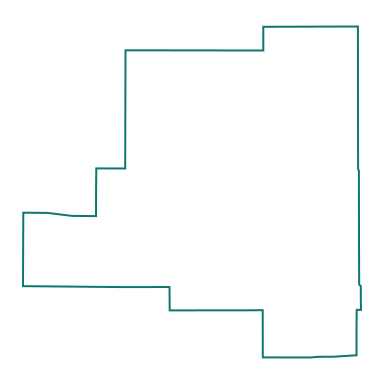 Lincoln, New Mexico, United States of America (Albers equal-area conic projection)
{"feature_id": "52423323B6872009723033", "entity_name": "Lincoln", "entity_type": "district", "adm_level": 2, "iso_a3": "USA", "parent_name": "United States of America", "parent_adm1": "New Mexico", "projection": "albers", "projection_center": [-105.442, 33.739], "detail": "fine", "context": "isolated", "style": "outline", "palette": "teal", "viewbox_px": 384, "rotation_deg": 0, "n_neighbors": 0, "source": "geoboundaries", "source_scale": "gbopen_adm2", "svg_char_len": 556}
<svg xmlns="http://www.w3.org/2000/svg" viewBox="0 0 384 384"><path d="M357.9,26.5L263.3,26.8L263.3,50.5L125.5,50.3L125.2,168.5L96.3,168.4L96.1,189.3L96.0,216.1L72.1,215.9L47.2,212.9L23.3,212.7L23.1,261.9L23.0,286.2L29.0,286.2L123.1,287.1L168.0,287.0L169.5,287.0L169.7,310.4L248.0,310.3L262.7,310.2L262.8,357.4L310.3,357.5L318.0,356.8L333.6,356.7L356.5,355.3L356.5,333.0L356.7,309.9L361.0,309.9L360.8,298.6L360.8,286.1L359.2,284.7L359.0,239.0L359.0,231.3L358.9,170.8L358.1,168.8L358.0,96.9L357.9,26.5Z" fill="none" stroke="#0f766e" stroke-width="2"/></svg>